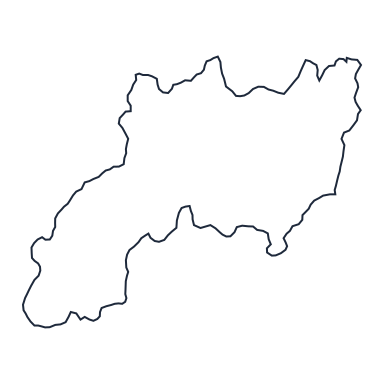 outline of Cachoeira de Minas, Minas Gerais, Brazil
{"feature_id": "56859067B68641329278226", "entity_name": "Cachoeira de Minas", "entity_type": "district", "adm_level": 2, "iso_a3": "BRA", "parent_name": "Brazil", "parent_adm1": "Minas Gerais", "projection": "albers", "projection_center": [-45.796, -22.373], "detail": "fine", "context": "isolated", "style": "outline", "palette": "slate", "viewbox_px": 384, "rotation_deg": 0, "n_neighbors": 0, "source": "geoboundaries", "source_scale": "gbopen_adm2", "svg_char_len": 3052}
<svg xmlns="http://www.w3.org/2000/svg" viewBox="0 0 384 384"><path d="M344.4,145.1L341.5,138.9L344.0,132.6L349.3,130.5L353.5,125.1L357.0,120.3L358.0,114.0L360.7,110.2L357.8,105.8L355.6,101.9L354.5,97.6L356.1,92.8L358.2,87.2L357.5,83.3L355.1,78.4L355.9,74.0L358.0,70.2L361.0,65.0L357.3,59.9L351.5,59.4L346.8,57.9L346.4,61.8L343.5,59.1L339.2,58.7L335.9,61.4L334.5,65.5L329.0,66.0L324.7,70.0L322.2,75.2L319.3,80.5L317.2,75.6L317.7,70.0L316.4,65.0L313.1,63.3L310.0,61.2L305.7,60.1L302.9,66.2L300.7,71.1L298.3,76.9L294.5,81.3L291.2,85.4L287.8,89.5L284.0,93.9L278.2,92.7L273.2,90.7L268.5,89.5L263.9,86.9L258.3,86.7L253.0,89.0L248.7,93.1L244.3,95.5L240.1,96.2L236.0,95.9L232.3,91.3L226.0,86.5L224.1,78.8L222.1,73.6L220.9,67.6L220.4,62.0L217.8,56.6L213.5,58.1L210.3,60.1L206.6,61.3L204.8,65.6L203.9,69.7L201.0,73.2L196.7,74.5L194.0,77.3L190.9,80.8L185.1,80.3L180.8,82.7L176.9,84.2L173.3,84.8L171.9,88.8L168.1,93.0L163.0,92.4L159.0,89.0L157.6,84.6L156.8,78.8L152.0,76.3L148.1,75.0L142.9,75.0L139.2,73.6L135.7,74.8L136.2,80.0L133.2,84.6L131.3,90.0L127.7,95.3L127.7,101.1L130.7,105.7L130.7,111.2L125.6,111.6L123.0,114.6L119.7,118.1L118.8,123.6L122.4,127.9L125.7,134.0L128.2,138.8L126.8,144.3L125.9,149.1L126.2,153.2L124.4,158.1L123.7,164.2L118.9,166.6L113.6,166.7L109.8,169.4L105.7,170.5L102.3,173.3L98.7,176.9L93.4,179.0L89.4,181.1L84.7,182.4L81.5,189.1L76.2,191.6L73.0,195.4L69.8,200.6L67.7,203.8L64.0,206.7L61.5,209.6L57.9,213.4L55.2,218.4L55.1,222.8L55.2,227.0L53.0,230.9L52.3,235.7L49.8,239.5L45.4,239.7L42.1,237.2L37.6,239.5L34.1,243.1L31.5,247.5L31.7,253.2L32.0,258.0L34.6,260.9L38.1,263.4L40.0,266.7L40.3,270.6L38.6,275.7L34.5,279.8L31.1,285.8L28.8,290.4L27.1,294.0L25.1,298.0L23.0,304.7L23.6,310.3L25.7,313.6L27.4,317.0L30.5,321.5L34.4,325.5L38.1,325.5L41.6,326.4L45.1,327.4L49.7,327.2L55.3,324.9L60.5,324.4L65.6,322.2L68.6,316.8L70.8,312.0L76.3,313.4L80.5,319.6L84.7,316.9L89.4,319.5L93.4,320.8L97.3,319.0L99.8,316.3L100.0,312.1L101.6,308.0L106.4,306.2L111.1,305.0L114.7,303.8L118.5,303.4L122.2,303.8L125.2,301.8L126.4,298.1L125.3,294.1L125.5,289.8L125.8,281.1L127.0,275.7L128.2,271.9L126.3,267.5L125.9,260.2L127.1,254.6L129.5,250.0L134.0,246.6L138.5,242.2L141.3,238.2L145.3,235.5L148.4,233.6L150.5,237.8L154.7,241.0L159.0,241.8L164.3,239.9L167.9,235.3L171.7,231.7L176.4,227.8L176.9,220.4L178.9,212.9L181.6,208.0L185.5,206.6L189.6,206.0L190.9,211.0L192.5,215.0L192.6,219.4L194.0,225.1L200.5,228.0L206.3,226.3L210.4,225.1L215.5,228.3L219.7,232.2L222.5,234.6L226.3,236.5L230.4,236.3L234.5,232.2L236.8,227.1L242.2,225.7L248.2,226.3L253.1,226.5L257.1,229.9L263.1,230.9L267.8,233.4L268.7,239.3L270.8,244.3L266.9,248.3L267.1,252.5L271.8,255.6L275.7,255.4L280.9,253.2L285.5,249.8L287.1,246.2L285.7,242.6L283.6,238.2L286.6,233.7L289.9,230.9L292.5,226.2L298.7,224.2L302.3,219.8L302.5,215.1L305.1,212.5L308.7,208.8L310.7,204.6L314.2,200.6L319.0,198.1L323.1,195.6L330.1,194.3L335.3,194.3L334.7,190.0L335.9,185.9L337.2,180.3L338.4,175.5L339.7,171.5L340.4,166.7L341.6,161.9L342.9,156.6L343.5,151.2L344.4,145.1Z" fill="none" stroke="#1e293b" stroke-width="2"/></svg>